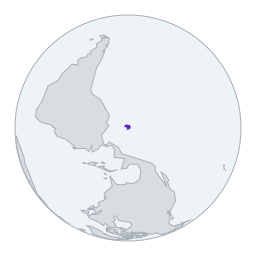 Galápagos highlighted on a globe, orthographic projection, rotated 180°
{"feature_id": "ECU-1270", "entity_name": "Galápagos", "entity_type": "Province", "adm_level": 1, "iso_a3": "ECU", "parent_name": "Ecuador", "parent_adm1": "", "projection": "orthographic", "projection_center": [-90.747, 0.131], "detail": "fine", "context": "on_globe", "style": "filled", "palette": "violet", "viewbox_px": 256, "rotation_deg": 180, "n_neighbors": 0, "source": "natural_earth", "source_scale": "10m", "svg_char_len": 7720}
<svg xmlns="http://www.w3.org/2000/svg" viewBox="0 0 256 256"><g transform="rotate(180 128 128)"><circle cx="128" cy="128" r="113" fill="#eef3f6" stroke="#a8b0b8"/><path d="M19.8,159.2L20.0,160.0L19.8,159.2ZM152.2,112.0L149.6,110.8L147.1,114.1L137.8,108.8L134.2,102.3L104.4,92.9L101.0,89.8L100.6,84.6L89.0,68.8L94.8,83.9L90.6,81.1L87.0,75.8L88.7,74.3L85.8,66.8L81.8,64.2L80.4,55.3L86.1,44.2L87.5,45.6L88.7,43.1L87.0,41.3L85.5,40.8L87.2,32.4L82.4,29.7L77.5,31.4L81.2,29.3L69.7,34.7L65.0,36.4L72.4,33.0L74.8,31.6L72.6,31.8L74.5,30.5L74.5,30.0L77.0,28.5L81.2,27.0L82.9,26.1L81.2,26.4L82.7,25.4L84.9,25.0L87.7,23.3L95.1,21.3L98.9,23.0L105.1,21.9L114.5,24.1L115.7,23.2L120.0,23.9L123.0,23.2L123.9,24.2L125.6,22.9L124.2,22.2L124.4,21.5L126.1,21.1L127.5,22.1L126.9,22.4L128.1,22.6L128.1,23.3L129.1,22.8L130.6,24.3L131.5,22.3L134.8,23.2L135.1,24.3L131.9,24.8L124.7,29.7L124.0,31.6L126.3,33.6L137.5,35.7L138.1,37.9L141.3,40.4L142.4,38.7L140.3,36.3L143.2,34.2L140.4,31.8L141.1,30.7L139.5,28.4L143.2,28.3L147.7,29.5L149.3,31.6L151.3,32.4L152.6,30.2L158.2,34.4L166.6,37.8L167.7,39.2L164.8,41.5L157.7,41.6L153.9,46.0L159.9,42.8L162.5,46.8L164.4,47.5L166.3,47.3L166.7,45.8L168.3,47.2L163.0,50.6L161.4,49.3L163.1,48.1L159.8,48.3L156.3,51.2L157.9,53.3L150.8,56.5L151.9,58.2L150.9,60.1L149.7,57.1L151.8,62.7L143.7,69.5L146.3,80.3L140.0,72.0L135.4,71.2L130.0,71.6L130.3,73.3L122.7,72.4L116.5,76.4L115.1,85.2L118.4,91.9L126.8,91.8L128.9,87.9L134.8,86.9L131.4,97.4L141.9,98.6L141.4,106.6L144.5,110.6L149.5,109.4L154.8,111.3L158.2,106.6L163.8,104.0L164.3,110.5L167.1,104.5L170.5,107.6L181.4,107.3L180.7,108.8L190.0,116.5L199.3,119.9L201.5,124.8L200.5,127.8L203.6,128.7L203.6,130.6L215.1,133.8L220.4,138.9L219.8,145.8L214.6,153.6L207.8,170.2L197.8,175.6L193.9,182.2L183.9,191.8L178.0,191.0L178.3,195.8L173.9,198.6L169.8,198.8L167.9,202.1L164.7,202.2L166.0,204.4L159.4,208.6L159.5,212.0L154.3,215.4L154.4,217.3L153.0,217.3L151.1,218.0L150.5,219.1L146.8,217.2L147.4,212.8L150.0,210.5L148.1,210.1L153.8,204.1L151.2,205.3L154.5,196.2L159.4,188.6L165.3,166.3L163.5,161.8L155.7,156.7L146.5,140.3L149.4,133.5L147.2,130.3L154.5,120.7L152.2,112.0ZM31.5,91.6L32.1,89.1L32.5,90.5L31.5,91.6ZM32.0,87.7L31.9,88.5L31.9,87.9L32.0,87.7ZM31.7,87.3L31.9,87.6L31.6,87.5L31.7,87.3ZM31.1,87.2L31.5,87.1L31.4,87.2L31.1,87.2ZM146.2,84.0L158.1,89.2L151.8,90.0L152.9,88.9L149.8,86.8L144.2,84.9L138.5,86.2L146.2,84.0ZM30.6,86.1L30.5,85.8L30.9,85.5L30.6,86.1ZM150.5,77.8L148.5,77.5L150.4,77.4L150.5,77.8ZM84.5,40.9L86.7,41.5L87.6,43.8L85.6,43.4L84.5,40.9ZM83.1,37.2L84.7,36.8L83.2,39.1L82.8,38.6L83.1,37.2ZM73.6,33.1L75.0,33.0L73.0,33.6L73.6,33.1ZM74.1,30.2L73.1,30.7L73.5,30.3L74.1,30.2ZM137.5,28.6L138.5,28.5L138.3,29.0L137.5,28.6ZM135.9,27.8L135.0,28.5L134.1,28.2L134.7,27.8L135.9,27.8ZM77.8,27.7L78.9,27.0L78.5,27.4L77.8,27.7ZM137.2,27.1L132.6,27.7L131.1,27.3L131.9,25.4L137.2,27.1ZM79.9,26.4L82.4,25.0L80.4,25.9L87.6,22.9L83.1,24.8L83.0,25.1L81.7,25.6L79.9,26.4ZM123.0,22.1L124.6,22.9L121.8,22.7L123.0,22.1ZM121.2,22.2L112.2,23.3L110.7,22.3L114.0,22.0L110.9,21.2L114.6,20.2L117.2,20.4L117.4,21.2L118.6,20.2L121.2,22.2ZM91.2,21.6L92.4,21.1L91.9,21.3L91.2,21.6ZM124.3,21.2L122.6,21.4L121.2,20.5L124.4,19.9L123.8,20.4L124.3,21.2ZM108.3,21.6L107.8,21.0L110.7,20.0L110.9,19.6L114.6,20.1L108.3,21.6ZM125.0,20.4L126.0,19.7L128.1,19.9L125.9,20.9L125.0,20.4ZM119.6,20.5L119.1,20.1L120.4,20.1L119.6,20.5ZM136.3,20.5L134.3,20.5L133.4,20.0L136.3,20.5ZM126.2,19.5L125.5,19.4L124.9,19.3L126.0,18.9L126.2,19.5ZM116.3,19.4L117.6,19.2L115.0,19.1L117.0,18.5L119.1,19.0L119.1,18.6L119.7,18.4L120.7,19.0L116.3,19.4ZM125.4,18.2L128.8,19.0L132.6,18.9L133.5,19.3L127.1,19.3L125.4,18.2ZM122.6,18.6L124.5,18.4L124.6,18.9L123.4,19.3L122.6,18.6ZM117.6,18.0L114.0,18.8L113.6,18.7L117.6,18.0ZM126.5,18.1L125.6,17.9L126.7,18.0L126.5,18.1ZM120.3,17.9L119.1,18.1L118.7,18.0L120.3,17.9ZM125.0,17.5L126.1,17.7L125.3,17.9L125.0,17.5ZM122.9,17.6L122.7,17.4L124.3,17.9L122.3,17.7L122.9,17.6ZM120.2,17.7L119.6,17.7L120.8,17.6L120.2,17.7ZM127.5,16.7L129.8,17.4L128.0,17.8L126.0,17.1L127.5,16.7ZM152.4,221.1L146.9,217.9L150.2,219.4L153.7,217.7L156.2,220.1L152.4,221.1ZM162.3,216.7L165.7,215.8L166.1,216.3L163.9,217.1L162.3,216.7ZM216.0,57.6L218.3,60.7L218.9,61.9L217.2,60.4L209.4,51.2L209.0,49.7L206.2,47.0L202.2,43.4L202.4,43.5L200.7,42.0L200.5,41.8L208.6,49.3L216.0,57.6ZM87.9,22.8L87.6,22.9L80.4,25.9L80.1,26.0L87.9,22.8ZM76.2,28.0L75.6,28.3L76.2,28.0ZM240.1,116.9L239.4,119.5L237.8,114.6L232.2,99.4L231.2,93.1L228.4,86.1L219.0,62.2L220.1,63.1L219.7,62.6L224.3,69.6L228.4,76.9L231.9,84.5L234.8,92.3L237.2,100.4L239.0,108.6L240.1,116.9ZM225.7,73.7L226.8,75.7L225.7,73.7ZM181.8,107.2L183.1,108.4L181.4,108.5L181.8,107.2ZM151.2,92.6L153.6,92.7L154.9,93.6L153.1,94.0L151.2,92.6ZM170.8,92.4L173.5,93.0L170.8,93.5L170.8,92.4ZM159.9,89.9L168.7,92.3L163.6,94.2L158.0,92.8L161.7,92.2L159.9,89.9ZM149.9,81.4L151.4,81.8L151.1,82.9L149.9,81.4ZM151.9,77.8L151.4,77.9L150.5,77.0L151.9,77.8ZM162.8,46.6L163.3,46.4L165.3,46.5L164.6,47.2L162.8,46.6ZM172.9,43.8L175.3,46.2L173.1,44.8L172.5,45.9L167.3,44.6L168.0,39.8L168.6,42.1L172.9,43.8ZM160.4,41.9L163.7,43.0L160.1,42.0L160.4,41.9ZM191.9,35.6L193.1,36.2L195.3,37.9L196.7,39.5L193.6,37.0L191.9,35.6ZM198.9,40.4L199.9,41.5L198.2,39.9L197.1,39.3L194.2,36.9L187.8,32.7L186.6,31.8L188.3,33.0L188.2,32.8L191.0,34.7L193.7,36.5L198.9,40.4ZM173.4,26.5L170.6,25.5L171.7,24.8L174.2,25.8L175.8,27.2L173.8,26.8L173.4,26.5ZM139.6,24.1L138.4,24.3L138.0,24.0L138.7,23.4L139.6,24.1ZM135.5,20.5L144.1,22.8L143.3,23.1L149.4,24.5L149.5,26.0L145.5,25.0L150.2,27.4L146.6,27.1L150.0,28.7L141.2,26.3L138.2,26.4L141.5,25.6L141.5,24.2L140.6,23.6L135.8,22.1L129.4,22.0L128.3,20.8L129.3,20.1L130.7,19.9L130.9,20.6L132.6,19.9L134.0,20.9L135.5,20.5ZM141.4,16.3L141.1,16.4L144.7,16.7L146.1,17.0L146.5,17.0L148.8,17.5L152.2,18.3L152.3,18.4L153.6,18.7L155.1,19.1L156.9,19.6L157.8,20.1L160.1,20.8L159.2,20.7L162.8,21.7L160.6,21.3L162.4,22.0L163.6,22.1L164.3,25.6L166.4,28.0L169.3,30.4L165.0,29.7L159.6,27.2L154.1,24.3L152.8,22.3L151.1,22.5L150.0,21.7L151.8,21.8L148.3,21.2L147.8,20.6L143.0,19.0L138.3,18.7L136.4,18.3L138.0,18.1L135.0,17.9L136.8,17.3L135.5,17.1L135.9,16.5L139.8,16.6L138.0,16.3L138.3,16.1L141.4,16.3ZM127.8,16.5L132.1,16.2L135.0,16.3L133.0,17.4L133.9,17.7L132.8,18.7L128.6,18.5L129.3,18.2L129.0,17.9L130.4,18.1L129.1,17.7L130.1,17.3L129.3,17.0L130.9,17.0L127.8,16.5ZM19.9,159.7L19.8,159.2L20.0,160.1L19.9,159.7ZM91.6,21.4L92.3,21.2L91.0,21.6L91.5,21.5L91.6,21.4Z" fill="#d9dde1" stroke="#a8b0b8" stroke-width="1"/><path d="M127.9,129.7L127.9,129.8L127.8,130.0L127.7,130.0L127.4,130.2L127.2,130.3L126.9,130.3L126.7,130.3L126.7,130.2L126.5,129.9L126.9,129.6L127.0,129.6L127.3,129.5L127.3,129.4L127.2,129.3L127.1,129.2L126.9,129.0L126.9,128.9L126.7,128.7L126.8,128.6L126.7,128.6L126.7,128.4L126.4,128.4L126.3,128.2L126.5,128.2L126.8,128.0L127.0,128.2L127.0,128.3L127.1,128.5L127.2,128.8L127.3,128.8L127.5,129.0L127.6,129.3L127.6,129.5L127.8,129.5L127.9,129.7ZM129.1,129.3L129.1,129.5L128.9,129.7L128.8,129.8L128.7,129.8L128.6,129.7L128.4,129.6L128.4,129.4L128.5,129.3L128.9,129.2L129.0,129.2L129.0,129.3L129.1,129.3ZM126.7,129.1L126.4,129.2L126.2,129.1L126.2,128.9L126.4,128.8L126.5,128.8L126.6,128.7L126.6,128.8L126.7,129.0L126.7,129.1ZM130.8,129.6L130.9,129.8L130.7,129.9L130.7,130.0L130.4,130.1L130.2,130.1L130.3,130.0L130.4,129.9L130.5,129.8L130.5,129.7L130.8,129.6L130.8,129.6ZM128.4,128.8L128.3,129.0L128.2,129.0L128.0,128.9L127.9,128.9L127.8,128.7L128.0,128.6L128.3,128.8L128.4,128.8ZM128.7,130.7L128.7,130.8L128.4,130.8L128.5,130.8L128.5,130.7L128.7,130.7ZM128.5,127.7L128.4,127.7L128.5,127.5L128.5,127.7ZM130.1,130.9L130.2,131.0L129.9,130.9L130.0,130.9L130.1,130.9ZM127.9,127.0L128.0,127.0L127.9,127.1L127.9,127.0Z" fill="#8b5cf6" stroke="#5b21b6" stroke-width="1.5"/></g></svg>